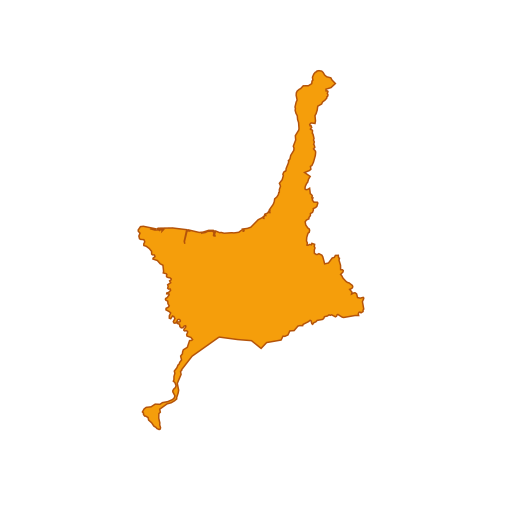 Barú, Chiriquí, Panama (Albers equal-area conic projection), rotated 200°
{"feature_id": "35544464B97118695767804", "entity_name": "Barú", "entity_type": "district", "adm_level": 2, "iso_a3": "PAN", "parent_name": "Panama", "parent_adm1": "Chiriquí", "projection": "albers", "projection_center": [-82.857, 8.312], "detail": "fine", "context": "isolated", "style": "filled", "palette": "amber", "viewbox_px": 512, "rotation_deg": 200, "n_neighbors": 0, "source": "geoboundaries", "source_scale": "gbopen_adm2", "svg_char_len": 6134}
<svg xmlns="http://www.w3.org/2000/svg" viewBox="0 0 512 512"><g transform="rotate(200 256 256)"><path d="M287.7,59.8L286.9,60.4L286.9,61.9L288.7,64.3L289.3,66.3L291.9,70.3L293.4,74.7L292.5,76.5L294.1,79.1L289.0,86.6L285.5,89.1L283.0,92.1L281.6,94.6L282.1,95.5L282.3,100.8L282.8,103.5L286.4,109.4L285.9,119.1L287.4,121.6L286.7,123.4L287.0,123.8L281.8,140.0L263.4,166.6L262.6,167.3L244.7,171.2L231.3,174.9L219.6,170.9L216.4,178.3L203.7,185.6L203.2,189.9L201.5,190.3L199.0,192.7L198.6,197.2L194.7,198.9L192.6,204.5L191.2,205.5L188.3,206.5L188.4,207.8L184.2,212.3L183.2,214.1L182.2,214.0L180.4,211.5L179.4,211.2L178.9,213.0L177.2,214.7L176.5,216.4L171.7,219.2L171.0,220.5L170.9,222.4L168.4,224.0L167.2,225.7L166.0,225.6L164.8,226.6L160.6,226.0L159.8,226.9L159.6,228.6L159.1,229.1L154.1,228.0L152.6,228.2L142.7,233.9L139.2,235.2L140.1,236.6L140.0,238.2L139.2,238.9L137.9,238.5L136.4,240.4L136.9,241.7L136.6,243.0L140.4,249.5L140.2,252.8L140.5,253.5L141.1,253.8L143.7,252.0L146.4,251.7L148.5,254.8L150.2,255.3L151.3,254.9L153.2,252.9L153.4,254.8L156.6,256.7L155.1,258.0L154.5,259.2L154.6,260.3L155.4,261.3L159.5,262.6L160.9,262.4L162.7,262.9L166.6,264.9L168.8,266.9L170.2,267.6L168.8,270.7L169.0,272.1L170.0,272.6L171.8,272.1L173.4,276.2L176.6,280.5L176.8,282.4L177.9,282.7L178.9,284.8L181.6,283.7L181.9,281.5L183.7,280.2L185.5,274.2L188.8,272.1L192.9,278.0L194.4,279.3L197.7,279.7L198.8,278.5L200.0,278.0L202.1,278.6L203.3,281.7L203.3,283.7L204.5,284.9L204.9,287.0L207.8,287.0L207.8,285.5L209.4,285.3L210.9,283.8L211.9,283.7L212.1,285.7L213.7,287.4L214.7,290.9L214.9,295.2L214.1,296.5L214.4,298.5L215.2,299.6L216.8,300.0L219.8,302.1L221.5,304.9L220.9,307.1L219.0,309.0L219.4,310.3L218.7,312.5L219.4,314.5L217.8,316.3L217.8,318.9L218.4,320.1L216.6,321.9L215.8,323.4L216.0,326.9L216.8,327.5L220.0,326.4L222.2,327.8L222.4,329.9L223.0,329.5L223.6,330.2L223.6,331.7L224.9,332.7L226.3,333.1L228.8,338.0L230.1,336.3L231.5,335.5L232.5,335.5L233.2,336.5L233.5,338.5L233.2,341.8L232.7,342.7L232.9,346.3L232.3,349.3L238.9,351.1L235.0,354.6L234.1,356.3L235.5,358.8L234.4,360.2L234.1,363.8L234.6,370.6L235.3,373.5L235.9,374.8L238.6,376.3L237.9,378.3L239.4,380.3L240.0,380.5L240.2,383.1L241.6,384.6L241.7,386.3L244.1,390.0L245.0,390.5L245.8,393.2L246.4,393.6L248.1,393.6L248.3,394.2L247.6,395.8L248.9,397.3L249.6,396.8L250.5,397.8L250.1,399.3L249.4,400.0L245.9,400.7L246.3,403.3L248.6,408.1L248.2,410.3L248.4,414.1L249.2,417.9L246.3,421.3L246.2,423.4L244.4,426.2L243.5,428.7L243.9,429.7L243.3,430.7L243.5,432.1L244.6,433.1L244.6,435.1L245.2,435.6L246.6,435.1L247.3,436.7L243.1,439.9L240.4,445.2L245.0,447.5L246.6,449.0L250.8,448.6L253.2,449.4L255.7,451.4L257.5,452.2L260.2,451.7L262.0,450.7L262.1,449.9L263.1,449.0L263.9,446.8L264.1,443.3L262.7,440.7L263.2,439.6L262.6,437.0L265.0,433.9L269.8,432.1L271.3,428.6L272.4,427.4L273.7,425.1L273.9,423.1L273.2,420.7L270.7,416.6L270.9,414.3L270.3,409.3L269.5,408.3L269.0,406.2L267.2,403.7L265.2,401.9L263.6,398.5L261.6,395.9L259.2,390.5L258.9,389.0L260.2,382.5L258.4,378.6L258.5,371.9L257.2,370.4L256.6,368.2L257.8,362.4L257.3,358.9L258.1,356.6L257.7,356.5L257.4,354.4L257.6,348.5L257.1,346.7L257.3,345.7L257.8,345.6L258.6,344.3L258.7,342.0L257.8,340.9L257.5,336.6L258.9,332.3L257.5,330.9L256.8,329.7L256.8,326.6L255.9,323.8L256.3,323.4L256.0,321.3L256.6,318.6L258.0,316.1L257.4,313.2L257.5,310.4L259.2,304.1L258.6,303.8L258.1,301.6L257.1,301.5L258.4,301.4L258.7,303.2L259.1,303.3L259.8,300.3L261.6,298.7L260.7,297.4L261.1,297.3L261.6,298.2L262.0,298.1L261.8,296.0L262.3,294.6L261.7,294.0L260.7,294.1L261.9,294.0L262.5,294.5L262.5,295.5L263.3,294.1L266.4,290.8L270.7,281.3L273.5,279.0L277.5,276.9L276.7,276.6L276.1,276.1L275.9,275.5L276.4,275.0L276.3,274.3L276.6,274.9L276.1,275.9L277.5,276.7L280.3,272.4L284.7,270.1L286.7,269.6L293.7,266.5L296.9,266.2L298.0,265.5L302.4,265.7L302.5,262.3L301.3,260.9L301.6,260.7L302.5,260.5L303.0,260.8L303.6,264.1L305.8,264.3L309.8,262.7L311.7,260.7L314.6,259.1L315.2,258.3L314.8,259.3L312.8,260.3L309.0,263.6L306.0,264.6L303.6,264.4L302.9,265.1L304.9,265.5L309.3,263.9L314.0,260.3L317.5,258.7L327.8,257.5L327.1,256.7L329.0,256.3L329.3,255.2L328.2,245.1L327.1,243.1L328.5,245.3L329.9,255.6L329.2,256.9L329.8,257.1L344.0,253.8L357.3,248.7L358.7,247.5L355.4,248.8L352.8,248.9L351.5,250.1L352.8,247.2L353.0,248.3L353.5,248.5L354.7,248.0L355.5,246.9L356.4,247.3L359.8,245.8L363.7,245.5L363.4,246.0L359.9,246.5L359.9,247.2L372.0,245.4L374.6,244.1L375.6,240.2L375.1,239.0L372.8,237.8L372.9,234.7L371.4,232.4L370.2,232.1L367.0,233.0L365.9,232.0L365.4,231.1L365.6,229.0L365.0,227.5L362.4,227.6L358.8,226.5L355.8,224.7L354.7,222.1L353.8,221.7L352.0,222.2L351.5,221.9L350.7,220.8L352.0,218.8L351.8,217.9L347.1,218.0L343.3,215.9L340.3,215.5L337.6,210.0L337.4,208.4L334.1,208.6L333.4,208.1L333.3,206.5L332.8,205.9L331.2,205.7L329.4,206.1L327.8,205.5L327.6,204.6L328.7,203.1L327.0,201.7L329.2,198.8L328.1,197.3L328.0,195.5L326.9,195.0L325.2,195.6L324.5,194.5L325.6,192.0L327.2,190.7L327.0,189.9L324.8,190.5L324.3,189.9L325.2,186.5L326.2,185.5L326.4,184.5L325.5,183.6L323.5,183.4L322.4,181.0L320.5,179.5L320.9,177.9L322.6,176.1L322.2,174.6L318.3,174.0L316.7,173.3L317.0,170.1L316.2,167.9L314.7,167.9L313.9,171.1L312.5,171.0L310.8,169.5L311.3,166.1L310.4,165.1L309.6,165.0L308.8,165.4L308.2,166.4L307.8,169.4L306.8,170.1L305.9,170.1L304.9,169.3L304.8,168.6L305.3,167.9L306.9,167.3L307.3,166.4L307.0,165.7L304.6,165.7L303.3,163.6L301.6,162.9L300.2,163.6L299.5,165.7L298.3,166.4L297.7,165.5L298.6,162.4L298.4,161.5L297.5,161.2L295.8,162.0L294.5,161.7L294.1,160.7L294.3,158.5L293.5,157.2L289.3,157.2L287.0,155.8L287.6,154.7L289.5,153.8L289.3,146.7L292.2,143.0L292.2,140.9L291.7,138.9L292.6,136.2L290.4,132.8L291.3,130.1L291.3,128.0L292.0,126.9L292.1,124.0L293.4,119.9L292.1,118.0L291.9,114.8L290.8,111.7L290.9,110.1L289.0,109.4L286.7,106.7L286.8,104.7L287.8,102.8L288.1,101.0L287.7,99.9L284.3,96.8L284.4,94.3L285.5,92.4L289.1,89.0L293.8,86.2L295.5,83.8L300.1,82.3L303.0,78.4L307.4,76.2L308.8,74.1L309.4,70.6L308.1,70.0L307.5,68.6L305.9,67.5L305.0,67.8L302.2,67.3L300.8,65.1L296.9,63.5L293.8,61.2L291.3,60.7L290.2,60.0L287.7,59.8Z" fill="#f59e0b" stroke="#b45309" stroke-width="1.5"/></g></svg>